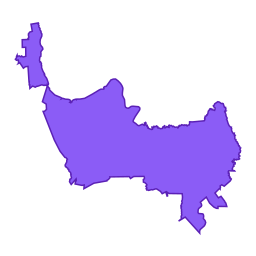 the district of Hauraki District, Waikato, New Zealand
{"feature_id": "76426892B20926799897700", "entity_name": "Hauraki District", "entity_type": "district", "adm_level": 2, "iso_a3": "NZL", "parent_name": "New Zealand", "parent_adm1": "Waikato", "projection": "albers", "projection_center": [175.627, -37.294], "detail": "fine", "context": "isolated", "style": "filled", "palette": "violet", "viewbox_px": 256, "rotation_deg": 0, "n_neighbors": 0, "source": "geoboundaries", "source_scale": "gbopen_adm2", "svg_char_len": 5835}
<svg xmlns="http://www.w3.org/2000/svg" viewBox="0 0 256 256"><path d="M115.6,79.0L113.2,79.1L110.8,80.0L106.3,86.3L104.6,86.6L103.7,87.4L104.0,88.8L103.7,89.1L100.8,89.2L99.3,89.9L92.4,94.1L84.7,98.3L79.8,99.1L76.7,99.1L76.4,99.7L75.6,99.2L73.3,99.9L72.2,100.9L71.9,102.0L71.3,102.1L70.8,102.8L69.8,102.3L70.2,102.0L70.6,100.9L69.7,99.7L68.0,99.3L65.6,99.2L62.7,98.3L61.7,98.7L62.0,98.3L60.8,97.5L54.8,95.0L49.9,90.3L49.5,89.5L49.5,88.3L48.2,87.1L47.7,85.3L47.4,85.7L42.4,101.7L46.2,104.1L46.5,109.4L44.5,111.3L43.1,111.4L54.3,140.0L60.1,151.3L64.9,157.4L65.9,157.6L67.4,159.2L66.8,160.0L66.7,162.0L65.1,165.1L65.4,166.5L66.0,166.7L66.1,167.2L67.7,168.2L68.1,169.4L68.7,169.5L68.9,171.0L70.4,172.4L70.9,173.4L70.7,174.2L71.1,174.6L70.9,175.5L71.5,177.7L71.0,178.7L69.8,179.3L69.9,179.8L69.5,181.7L71.2,184.5L76.1,178.9L76.3,180.3L75.4,182.2L75.1,184.0L82.0,185.4L84.2,185.0L83.9,188.7L93.9,183.2L106.9,180.9L106.9,180.4L108.4,179.5L109.7,178.1L109.9,177.5L109.8,176.9L129.3,176.6L130.5,178.5L133.7,176.5L144.0,176.4L144.4,177.4L144.4,178.8L143.3,179.5L143.4,182.1L145.1,182.8L146.8,184.5L146.7,185.5L145.8,186.2L146.7,187.3L146.8,188.3L146.2,188.5L146.7,190.0L147.7,190.0L148.6,190.4L151.8,189.6L152.6,189.9L155.5,188.9L156.6,188.9L160.5,191.4L162.2,193.7L165.7,191.9L167.1,196.1L167.6,195.9L167.1,192.2L169.0,193.5L182.2,193.7L182.5,197.0L182.3,199.9L181.7,201.1L182.2,202.9L181.6,203.7L181.3,205.2L180.9,205.7L181.4,206.7L181.0,206.9L181.2,207.7L181.0,208.0L181.5,209.3L181.5,211.6L181.7,212.0L181.5,213.4L181.8,215.0L181.2,216.1L181.1,217.1L181.7,218.4L178.6,221.1L185.2,217.1L199.7,233.1L199.6,231.6L200.1,229.6L204.3,225.9L205.1,224.5L205.7,222.5L205.0,220.5L203.4,218.6L203.7,216.1L203.3,214.3L202.4,213.8L198.9,213.5L198.2,212.9L198.0,212.3L198.2,209.7L198.7,208.5L201.3,206.4L201.7,205.3L201.3,203.7L200.3,202.2L206.3,197.1L209.6,203.1L213.9,207.1L216.4,208.3L218.0,208.4L218.0,206.4L226.8,206.5L225.8,203.0L225.0,202.2L224.8,201.4L221.0,196.3L218.4,197.8L215.0,193.0L219.5,188.5L220.1,189.1L220.1,188.5L220.5,187.2L220.1,186.0L221.7,184.8L224.2,186.2L230.2,181.0L230.7,180.2L231.3,179.0L230.6,178.2L229.7,178.0L229.6,177.1L229.9,176.9L228.9,175.6L229.2,175.6L229.1,173.1L228.4,173.2L228.3,171.4L228.7,170.8L234.7,171.0L234.5,170.7L232.9,170.8L232.4,170.3L232.6,169.5L232.3,169.4L232.3,168.7L233.3,166.2L234.0,166.1L233.6,164.2L235.1,164.0L235.2,162.8L233.8,162.0L232.9,162.5L232.4,162.0L232.8,161.4L232.3,161.2L233.9,159.6L234.2,159.9L234.2,159.2L236.1,159.9L236.6,159.9L236.7,159.4L238.7,159.4L239.6,158.8L238.8,157.5L239.1,156.3L239.7,156.1L239.5,155.8L239.7,155.6L238.7,154.6L239.2,152.9L240.2,152.5L240.6,150.8L239.9,149.2L240.6,148.1L240.2,148.0L239.8,146.8L239.1,146.2L239.2,145.8L238.6,145.6L238.0,143.3L237.4,143.2L237.2,142.8L237.3,142.0L236.2,141.3L235.8,140.2L235.9,139.6L235.4,139.6L234.7,138.4L234.9,137.0L234.6,136.4L234.9,135.8L234.6,135.5L235.1,135.2L234.1,134.4L234.3,133.2L233.2,133.4L231.8,131.2L231.4,129.1L231.7,128.8L231.2,127.8L231.4,127.2L230.3,126.9L229.1,125.6L228.2,123.7L226.7,119.0L227.3,118.1L227.0,118.3L227.1,118.0L226.5,117.0L225.8,115.3L226.0,115.0L225.4,112.9L224.7,111.9L225.4,111.4L224.8,111.4L224.8,111.1L225.6,110.8L225.9,110.2L225.7,109.5L225.9,108.7L225.5,108.3L225.6,107.4L224.4,107.2L223.2,103.7L222.6,103.4L221.2,103.5L219.4,102.1L217.8,101.7L214.7,103.8L214.2,105.1L213.3,105.8L213.7,106.8L214.9,107.6L215.1,108.8L214.6,110.4L212.7,109.8L212.7,109.4L212.2,109.7L211.9,109.3L211.6,109.6L211.0,109.5L210.9,108.7L210.1,108.7L209.4,109.5L209.4,110.1L208.3,111.1L207.9,113.4L207.3,114.7L206.8,114.8L206.8,115.5L205.7,116.2L205.3,116.1L204.7,117.9L205.0,118.2L204.6,118.8L204.9,119.7L204.2,120.8L192.6,121.9L189.6,121.8L189.5,124.2L189.2,124.9L188.2,125.0L187.1,125.9L186.2,124.9L185.7,125.2L184.8,124.9L184.0,125.0L183.9,125.4L181.7,124.7L181.2,125.4L179.6,125.4L179.6,126.2L178.6,126.1L178.4,127.4L177.9,127.9L177.0,127.0L174.9,127.3L173.5,126.2L172.8,126.7L171.5,125.5L170.6,125.7L169.2,125.1L168.7,125.6L169.1,127.4L168.1,127.3L167.4,126.7L166.7,126.6L166.6,127.0L165.0,127.9L164.8,127.3L164.9,126.0L164.5,125.7L163.5,126.7L163.2,127.4L162.7,127.2L162.5,128.4L160.4,128.7L159.5,128.1L158.0,128.0L158.0,127.4L157.4,127.0L157.7,126.7L156.6,125.9L155.8,126.5L154.0,126.4L154.2,126.9L153.4,127.0L153.4,127.5L152.8,127.1L151.9,127.1L152.4,129.3L151.4,129.5L148.6,128.4L148.4,127.8L148.0,127.9L148.1,127.1L147.4,126.8L147.4,126.3L147.0,126.1L147.3,125.7L147.2,125.2L145.9,125.1L145.7,123.8L145.2,123.2L146.0,123.0L145.6,122.4L144.4,123.1L144.7,124.0L144.2,125.3L142.3,124.2L139.0,125.7L137.7,125.3L136.0,123.7L133.3,121.8L133.1,121.2L133.3,120.2L135.2,116.6L139.6,110.0L139.9,108.9L139.7,107.7L138.5,106.7L132.9,106.2L131.2,106.4L128.5,108.2L127.2,108.1L125.6,107.3L125.0,105.6L124.5,99.6L122.4,95.3L122.4,93.0L122.9,88.7L122.7,87.5L121.9,85.6L120.5,83.4L118.1,80.9L115.6,79.0ZM47.4,85.1L47.4,84.7L47.6,84.9L48.3,84.5L48.5,83.9L47.8,81.4L46.7,78.4L44.4,75.1L44.2,73.8L43.6,73.6L44.4,73.7L43.0,71.3L41.6,67.7L41.6,65.4L41.2,64.9L41.5,63.8L40.7,62.0L40.5,61.8L40.0,62.1L39.5,60.5L39.8,57.4L40.2,56.7L40.8,56.4L41.0,53.8L40.8,52.3L41.1,51.4L42.9,49.1L42.4,47.2L41.1,46.1L41.5,46.3L40.4,44.6L40.0,42.2L40.3,39.5L41.8,36.1L41.9,34.0L41.1,32.8L41.0,31.3L39.9,29.7L40.0,28.4L38.7,26.8L39.0,25.6L38.2,24.2L38.6,23.5L38.3,22.9L31.0,24.2L32.3,31.3L29.7,32.1L28.3,34.1L28.6,34.8L28.4,35.6L28.9,37.1L27.8,38.8L29.2,39.4L22.2,39.7L22.3,47.4L25.7,47.3L25.8,56.3L23.1,57.0L21.6,56.0L21.1,56.7L20.7,56.7L19.3,55.9L17.7,56.2L17.2,56.0L17.1,55.2L16.5,56.5L16.8,56.9L15.8,58.9L15.4,59.2L16.4,60.3L18.2,60.0L18.6,61.2L18.4,61.5L18.5,63.2L18.3,63.5L19.8,62.8L23.4,68.2L25.4,66.7L28.0,66.4L29.0,81.8L29.3,81.7L29.2,84.8L29.7,84.8L29.9,88.4L32.4,86.2L33.8,86.5L35.2,87.2L37.0,86.2L37.5,86.3L41.8,84.8L44.1,85.5L44.9,85.1L46.8,85.6L46.7,85.2L47.4,85.1Z" fill="#8b5cf6" stroke="#5b21b6" stroke-width="1.5"/></svg>